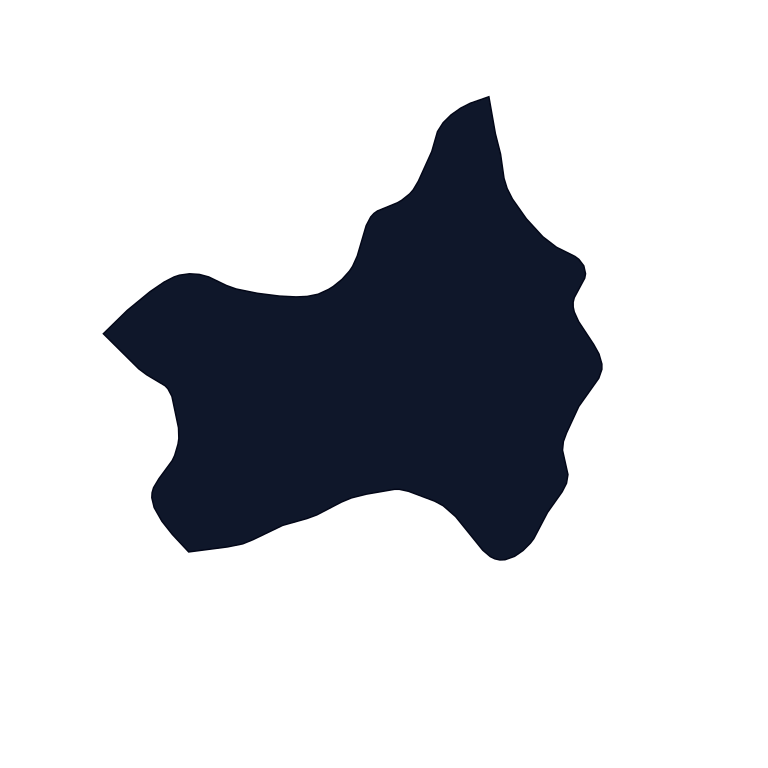 Licey al Medio, Santiago, Dominican Republic (Robinson projection), rotated 232°
{"feature_id": "3306468B91186516288237", "entity_name": "Licey al Medio", "entity_type": "district", "adm_level": 2, "iso_a3": "DOM", "parent_name": "Dominican Republic", "parent_adm1": "Santiago", "projection": "robinson", "projection_center": [-70.602, 19.426], "detail": "fine", "context": "isolated", "style": "filled", "palette": "ink", "viewbox_px": 768, "rotation_deg": 232, "n_neighbors": 0, "source": "geoboundaries", "source_scale": "gbopen_adm2", "svg_char_len": 1515}
<svg xmlns="http://www.w3.org/2000/svg" viewBox="0 0 768 768"><g transform="rotate(232 384 384)"><path d="M596.4,193.8L546.8,200.1L537.3,202.7L517.4,210.4L513.3,210.8L504.9,209.3L476.0,195.1L467.4,188.8L463.4,184.6L456.6,175.1L454.0,169.9L448.0,148.5L444.2,138.6L441.1,134.3L437.3,131.0L428.1,126.8L412.5,124.5L395.6,124.6L371.9,126.7L351.9,160.5L345.0,174.3L342.0,184.9L335.0,217.1L325.4,240.5L322.2,250.5L317.2,277.6L314.3,288.2L308.2,302.0L294.5,327.5L291.5,331.3L284.3,337.3L260.5,351.8L251.6,355.7L235.4,358.8L192.2,359.5L182.5,361.5L178.0,363.7L174.0,367.0L171.0,371.2L167.8,380.8L167.2,391.0L168.5,401.5L169.9,406.8L182.1,433.8L189.4,458.1L193.4,466.7L199.4,473.2L221.9,483.9L228.2,489.9L233.1,497.8L246.4,523.7L256.3,556.8L261.4,564.7L265.6,568.0L275.3,571.9L286.0,573.6L313.4,575.8L323.7,578.3L328.2,580.5L332.0,583.4L334.9,587.1L343.8,607.3L346.8,610.7L354.1,614.2L362.3,614.3L367.0,613.0L385.6,604.1L402.3,599.8L426.5,597.9L450.7,599.1L462.3,601.4L472.2,605.2L493.4,617.4L512.7,625.9L545.8,643.5L552.1,625.0L554.2,614.3L554.8,602.7L553.5,591.5L550.0,581.6L537.8,564.8L522.7,536.0L519.0,526.5L518.0,521.3L517.9,510.9L518.6,506.0L524.4,485.4L524.6,481.1L523.8,476.4L519.8,467.5L501.3,441.7L496.1,431.8L494.3,426.5L492.3,415.4L492.1,404.1L492.7,398.5L495.3,387.4L500.3,377.4L506.7,368.4L517.6,355.8L533.4,340.1L549.9,326.0L558.6,320.5L576.3,311.8L584.0,306.0L590.6,298.6L595.7,289.8L597.6,284.5L599.7,273.6L600.8,256.5L600.1,227.1L596.4,193.8Z" fill="#0f172a" stroke="#020617" stroke-width="1.5"/></g></svg>